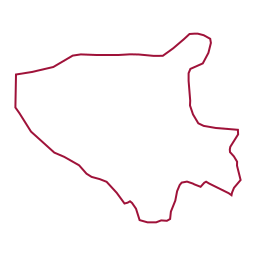 Burundi, Mercator projection, rotated 90°
{"feature_id": "BDI", "entity_name": "Burundi", "entity_type": "country or territory", "adm_level": 0, "iso_a3": "BDI", "parent_name": "Africa", "parent_adm1": "", "projection": "mercator", "projection_center": [29.996, -3.384], "detail": "fine", "context": "isolated", "style": "outline", "palette": "rose", "viewbox_px": 256, "rotation_deg": 90, "n_neighbors": 0, "source": "natural_earth", "source_scale": "50m", "svg_char_len": 1027}
<svg xmlns="http://www.w3.org/2000/svg" viewBox="0 0 256 256"><g transform="rotate(90 128 128)"><path d="M195.2,24.5L193.2,27.3L183.5,46.9L181.7,49.9L182.7,51.7L186.8,55.4L184.4,61.6L183.5,63.3L181.6,69.0L182.6,74.3L185.0,76.3L191.2,78.9L200.6,80.7L211.6,85.1L219.0,85.9L220.8,89.1L220.4,94.8L222.3,99.8L222.3,108.6L220.1,116.4L208.7,120.0L202.9,124.0L201.3,126.0L202.7,128.4L203.5,131.5L192.8,139.3L181.8,149.4L179.1,156.3L176.9,164.4L173.7,169.5L165.3,176.9L156.8,191.9L152.6,201.7L131.6,225.0L113.0,236.7L107.5,240.6L74.5,240.0L72.0,224.2L67.0,202.7L55.6,183.3L54.4,175.2L55.0,159.5L55.0,137.5L54.3,125.7L54.5,117.1L55.9,102.1L55.8,93.2L48.3,82.8L39.0,71.9L34.0,66.5L33.7,62.1L33.7,58.1L35.2,52.3L38.8,45.8L42.9,45.1L52.9,47.6L63.4,53.2L68.9,65.6L73.2,67.4L80.9,67.4L100.6,65.8L105.5,66.0L114.4,63.0L123.3,57.7L125.9,52.3L128.0,40.1L129.8,18.1L134.4,17.9L146.8,25.7L149.5,26.2L152.1,26.0L156.4,22.1L161.7,18.9L165.6,19.0L180.0,15.4L187.8,22.0L192.7,24.0L195.2,24.5Z" fill="none" stroke="#9f1239" stroke-width="2"/></g></svg>